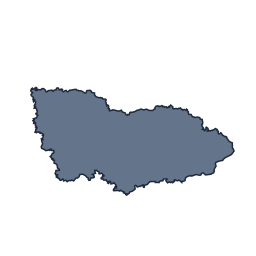 the district of Caracol, Mato Grosso do Sul, Brazil, rotated 63°
{"feature_id": "56859067B79798079212629", "entity_name": "Caracol", "entity_type": "district", "adm_level": 2, "iso_a3": "BRA", "parent_name": "Brazil", "parent_adm1": "Mato Grosso do Sul", "projection": "natural_earth1", "projection_center": [-57.105, -21.905], "detail": "fine", "context": "isolated", "style": "filled", "palette": "slate", "viewbox_px": 256, "rotation_deg": 63, "n_neighbors": 0, "source": "geoboundaries", "source_scale": "gbopen_adm2", "svg_char_len": 5898}
<svg xmlns="http://www.w3.org/2000/svg" viewBox="0 0 256 256"><g transform="rotate(63 128 128)"><path d="M167.1,170.1L167.2,168.2L168.0,168.0L168.6,168.6L169.3,168.2L170.1,168.6L170.6,166.7L170.2,165.6L172.8,164.7L173.7,164.7L174.1,165.4L174.9,164.8L176.0,165.5L175.3,165.9L174.9,166.7L176.0,167.4L175.8,168.4L176.6,169.2L177.4,169.2L179.1,165.3L180.5,163.9L180.0,163.1L180.7,162.4L182.2,161.8L182.8,160.7L183.5,160.6L183.9,161.3L185.6,159.8L186.3,160.2L187.1,159.8L187.1,158.9L186.4,158.7L186.9,158.1L186.7,156.5L185.8,155.5L186.3,152.6L185.7,149.5L184.9,149.0L183.3,148.7L182.7,148.2L182.5,147.4L183.6,146.6L184.6,146.7L185.0,146.0L185.0,144.2L185.7,143.5L185.4,140.6L185.9,140.1L186.7,140.9L187.7,141.1L188.2,140.7L187.9,140.1L187.1,139.9L186.6,139.0L187.1,136.4L186.2,134.5L185.8,132.6L188.0,128.1L188.9,128.4L190.7,125.0L190.1,124.3L189.9,123.3L190.8,121.2L190.6,120.3L189.9,120.1L189.7,119.3L190.5,117.3L191.3,116.4L192.2,118.2L194.8,117.7L194.8,115.7L195.9,115.0L195.8,114.1L196.1,113.3L196.9,113.3L197.0,112.5L196.6,111.9L196.7,110.9L195.9,110.9L195.3,110.3L195.7,109.2L196.5,109.0L197.6,107.7L197.6,106.6L197.9,105.9L201.0,104.8L200.3,104.2L200.8,101.6L200.6,100.9L198.6,99.5L198.3,98.4L198.3,95.6L198.8,94.6L198.8,93.7L199.5,93.5L199.8,92.8L200.3,88.6L202.6,85.6L202.9,84.7L202.6,83.8L202.0,83.4L201.8,82.2L202.2,81.3L204.8,80.4L205.3,79.5L206.9,74.8L206.6,72.9L206.9,72.2L205.5,70.6L204.6,70.4L203.1,68.9L202.0,66.9L199.2,66.2L198.5,64.9L199.0,61.1L199.9,58.3L199.3,57.6L198.6,55.2L198.6,47.9L196.7,44.0L194.2,43.7L193.3,44.1L188.6,41.8L186.0,43.9L181.8,44.5L180.9,44.2L180.0,44.6L179.8,45.6L178.0,46.4L177.4,47.1L174.8,47.2L174.3,47.7L174.9,48.5L174.6,49.5L174.0,50.1L171.9,49.0L170.7,49.8L169.9,49.2L168.2,50.3L168.2,51.1L168.7,51.9L168.3,52.6L168.5,54.2L167.9,54.7L167.9,55.9L167.3,56.8L167.2,57.9L166.7,58.7L166.0,57.2L164.4,57.0L162.8,57.9L163.3,58.6L164.5,59.1L165.0,60.0L165.0,61.2L163.8,60.9L162.9,62.2L162.5,60.8L160.3,61.1L158.4,60.8L158.4,59.8L157.0,58.9L154.0,58.0L153.1,59.6L151.9,59.3L150.6,60.0L149.5,61.8L149.1,63.5L147.9,64.4L147.2,65.5L144.6,65.6L143.5,67.6L141.7,67.4L141.2,66.9L140.3,67.1L138.6,66.9L138.0,67.2L138.9,67.7L138.6,68.4L137.3,69.0L136.9,69.7L137.0,71.2L136.1,71.2L135.5,72.0L134.0,72.1L134.0,73.0L133.4,73.9L133.5,75.1L132.4,76.4L131.7,78.6L131.0,79.2L129.7,78.5L127.0,79.5L127.4,80.1L127.4,81.6L128.1,81.7L127.4,82.3L128.0,83.4L127.4,84.2L126.5,84.2L126.1,85.9L125.3,86.0L124.8,87.4L124.2,87.1L123.4,87.6L123.4,90.1L122.6,90.4L122.5,91.1L121.8,91.3L121.3,93.2L122.0,94.7L123.3,95.3L123.1,96.3L123.6,98.1L121.9,101.2L119.6,103.0L118.9,106.1L117.4,107.3L116.9,108.2L116.8,110.9L116.3,111.5L116.5,114.6L115.8,117.5L115.1,118.4L115.1,119.4L115.9,119.8L116.7,121.3L115.8,121.8L116.2,122.8L115.8,123.4L114.7,123.8L113.2,123.7L110.9,126.0L109.2,125.7L108.8,128.6L104.9,133.2L104.8,134.8L104.3,135.5L104.5,136.4L103.1,136.7L102.5,135.9L101.9,136.0L101.3,136.7L99.9,135.3L99.2,135.3L98.3,135.7L98.5,136.7L97.8,136.3L97.0,136.6L95.5,136.0L94.1,136.0L93.2,134.7L92.2,134.8L90.8,137.2L89.3,137.4L89.0,138.3L88.4,138.6L87.8,140.2L85.7,142.2L83.3,142.8L81.7,141.9L79.6,144.4L78.7,144.0L77.3,144.5L76.0,147.7L77.7,149.6L77.4,150.4L73.7,152.8L72.6,154.8L71.8,155.3L71.3,156.3L70.3,156.5L69.6,157.4L68.3,161.9L67.8,162.8L68.5,165.1L67.4,166.0L66.5,166.0L66.2,167.1L66.5,168.9L65.9,169.4L64.4,169.7L64.2,169.0L63.4,169.2L62.9,170.0L63.2,170.8L62.8,172.0L60.8,171.9L60.2,172.8L60.1,173.6L61.4,174.7L60.7,176.5L61.2,177.4L61.2,178.3L59.7,178.6L58.5,182.2L59.0,183.7L58.7,184.6L56.8,184.4L54.6,185.3L53.9,186.7L54.3,188.7L52.7,190.8L53.2,191.9L53.1,192.6L52.7,193.2L51.8,193.3L51.5,191.4L50.9,191.1L50.1,191.5L50.4,192.2L50.1,192.8L50.4,194.7L50.0,195.6L49.1,195.3L49.2,196.1L50.3,197.5L51.7,197.8L53.3,197.0L54.2,199.3L55.5,199.4L58.0,198.4L59.2,199.6L60.2,198.4L61.0,199.0L62.9,198.4L64.0,199.5L64.7,199.6L64.7,200.4L65.7,201.5L66.8,200.6L67.7,201.0L67.1,201.9L67.7,202.6L68.4,201.3L69.1,200.8L70.8,201.3L71.4,201.0L72.7,201.9L73.5,202.4L73.2,203.4L73.8,203.7L75.6,202.7L75.6,203.4L76.6,203.8L77.3,204.7L76.9,208.0L77.9,207.6L78.5,208.2L78.0,208.7L78.2,209.4L78.9,209.3L79.4,208.6L80.5,208.6L80.4,209.4L81.0,210.0L81.5,209.4L81.6,208.2L83.9,209.4L84.8,208.8L85.3,209.7L85.7,209.1L86.5,209.0L86.2,209.9L87.2,210.1L87.5,211.0L88.3,211.2L89.5,212.8L90.7,211.6L90.2,210.8L90.7,209.9L91.4,209.5L91.6,208.6L92.3,208.9L93.0,208.6L92.9,207.8L93.4,207.1L95.3,206.4L95.5,207.5L96.3,206.9L97.8,208.1L98.4,209.1L98.2,210.1L98.9,210.2L99.1,209.4L99.8,209.1L99.7,210.1L100.1,210.8L103.4,211.2L105.0,213.6L106.1,214.1L107.1,214.0L108.9,212.5L110.8,211.6L111.4,209.7L111.4,208.6L112.2,208.2L111.7,207.3L111.7,206.2L112.4,206.1L113.0,206.7L113.7,206.0L114.2,204.4L115.9,204.9L116.6,205.8L116.2,206.8L117.9,209.2L118.1,210.3L119.1,209.9L121.1,209.9L120.9,209.0L121.7,208.6L122.0,209.5L122.9,209.4L123.5,208.3L125.6,209.8L127.7,208.2L128.7,208.0L131.7,209.0L133.6,208.0L134.5,208.4L133.1,211.4L134.6,212.5L135.2,213.5L137.0,213.6L137.3,212.4L137.9,212.0L138.5,213.7L139.2,214.2L139.8,213.7L139.8,212.9L141.1,213.1L142.2,212.2L143.0,212.4L143.9,212.1L144.2,211.3L143.8,209.6L144.2,209.0L145.9,209.4L146.3,207.5L146.7,206.9L148.2,206.6L148.0,204.5L149.0,202.8L148.8,201.8L150.5,200.4L149.0,197.2L149.6,195.5L149.2,193.8L147.6,192.1L148.6,189.3L151.2,187.5L153.0,187.1L154.4,186.2L155.0,186.2L155.4,186.7L156.9,186.6L157.3,185.4L155.6,183.8L156.5,181.9L156.6,180.5L155.7,180.0L154.1,180.1L153.2,180.7L153.6,177.5L151.1,177.3L150.6,176.8L151.4,176.1L151.3,175.3L152.8,174.8L154.1,173.7L154.8,173.9L155.5,174.6L156.1,173.9L156.2,172.3L156.7,171.7L158.2,171.7L159.4,170.9L159.9,171.5L159.0,172.3L160.2,173.2L160.1,174.0L160.4,174.7L161.0,174.9L161.8,174.3L162.1,173.4L163.4,173.3L164.5,171.0L165.5,171.2L167.1,170.1ZM167.1,170.1L167.7,171.1L168.5,170.7L168.3,170.0L167.1,170.1ZM61.0,199.0L60.7,200.0L61.7,200.2L61.4,199.6L61.0,199.0Z" fill="#64748b" stroke="#1e293b" stroke-width="1.5"/></g></svg>